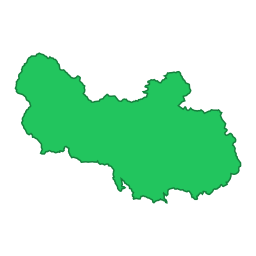 outline of Trang Dinh, Lạng Sơn, Vietnam
{"feature_id": "81297802B55237865359696", "entity_name": "Trang Dinh", "entity_type": "district", "adm_level": 2, "iso_a3": "VNM", "parent_name": "Vietnam", "parent_adm1": "Lạng Sơn", "projection": "albers", "projection_center": [106.413, 22.302], "detail": "fine", "context": "isolated", "style": "filled", "palette": "green", "viewbox_px": 256, "rotation_deg": 0, "n_neighbors": 0, "source": "geoboundaries", "source_scale": "gbopen_adm2", "svg_char_len": 5787}
<svg xmlns="http://www.w3.org/2000/svg" viewBox="0 0 256 256"><path d="M145.8,196.6L147.6,197.8L149.4,198.1L150.4,198.9L152.4,199.8L153.0,202.2L153.9,202.7L155.6,201.1L157.6,200.4L158.6,200.4L160.5,199.0L160.9,199.7L162.7,199.9L163.2,200.4L165.1,201.1L165.4,201.2L165.7,202.4L166.8,202.8L166.8,201.8L166.1,200.0L164.6,198.9L164.2,198.4L164.2,194.8L163.5,193.6L163.6,193.1L166.4,195.7L166.8,195.2L167.5,194.9L167.9,194.1L167.7,192.4L168.1,190.0L168.4,189.7L169.7,188.9L173.8,187.9L174.2,188.1L174.8,189.0L176.2,189.1L177.2,188.6L180.6,190.0L182.9,189.7L183.6,190.6L186.6,191.7L187.2,191.7L187.9,191.1L189.2,191.2L191.0,193.6L191.1,194.3L191.8,194.7L191.5,195.8L192.1,197.5L193.4,197.4L193.9,198.4L194.9,199.3L196.9,199.3L197.4,198.7L196.8,196.3L198.4,195.6L198.5,194.6L199.7,193.9L200.1,193.1L200.4,193.0L201.2,193.0L202.4,194.2L203.2,192.8L203.2,191.5L203.8,191.4L204.9,191.8L205.9,191.9L206.0,193.0L206.5,193.4L208.3,194.3L209.6,194.3L212.1,192.0L213.0,190.7L213.4,189.6L214.8,188.8L215.7,189.2L217.4,188.7L218.6,187.5L219.7,187.0L220.6,185.2L221.2,184.6L221.5,184.6L222.6,186.1L223.2,186.4L226.9,184.5L227.2,184.2L226.3,182.3L227.9,182.1L230.1,178.9L230.9,176.2L231.0,173.6L233.5,174.2L234.7,174.2L236.4,173.6L238.0,172.4L238.9,170.7L238.7,168.4L239.0,167.2L239.3,166.7L240.4,166.3L240.6,165.8L240.5,162.8L237.3,158.4L237.1,156.8L236.0,155.7L236.1,153.6L234.7,151.3L235.1,148.3L233.6,145.7L232.7,145.2L233.2,143.3L234.1,142.3L235.0,142.1L235.6,141.1L235.6,139.4L234.9,138.1L232.9,136.6L232.1,134.7L230.8,133.5L229.9,133.5L227.9,134.9L226.4,135.3L225.7,135.0L224.9,133.7L224.9,132.7L226.7,130.9L227.1,130.0L226.2,129.0L224.6,128.5L224.6,127.3L225.6,123.7L222.1,119.5L220.5,115.8L220.5,115.3L221.7,112.6L220.2,112.2L219.6,110.8L218.4,109.9L217.5,110.5L216.8,110.2L213.4,110.2L211.4,109.8L210.0,111.1L208.9,111.2L204.4,113.3L203.3,111.6L201.0,109.9L200.3,110.7L197.9,110.7L197.2,111.1L196.2,110.7L194.6,110.6L191.8,109.4L190.7,108.1L189.2,109.9L188.0,110.5L186.9,109.9L186.2,108.9L185.8,107.4L185.1,106.9L183.2,109.2L178.3,105.7L182.2,101.7L184.8,100.8L184.6,100.2L184.1,99.8L184.2,98.9L183.6,98.0L183.3,96.3L186.4,95.5L188.0,94.0L189.5,93.1L190.5,91.3L190.7,90.3L189.6,88.4L189.3,84.6L188.9,84.2L185.7,82.9L184.5,80.3L183.1,79.6L183.1,78.8L182.3,77.9L182.0,76.6L180.7,75.2L180.4,73.2L178.9,71.7L177.0,71.9L176.1,72.7L174.0,72.2L172.4,72.6L169.0,72.9L168.5,73.2L167.6,73.0L166.7,75.1L164.5,75.9L165.1,76.2L166.0,77.2L166.3,78.3L165.3,78.2L164.0,79.8L162.6,80.0L160.8,82.8L159.2,82.6L158.8,82.1L157.7,81.5L157.5,80.9L156.0,81.0L154.2,79.6L153.1,80.1L151.1,79.8L149.9,80.8L148.3,81.2L147.9,81.6L148.0,82.6L149.5,83.0L149.4,84.4L147.6,85.3L145.8,85.6L145.1,86.6L145.2,86.9L147.8,87.7L148.1,89.4L147.5,90.2L146.2,90.8L144.5,91.6L143.2,91.7L144.0,92.8L147.4,93.3L147.6,93.9L146.9,95.4L146.8,96.6L146.4,97.0L144.4,97.4L141.9,99.2L140.9,99.1L140.0,99.6L138.6,99.7L137.8,101.1L135.8,100.6L135.0,101.4L133.7,101.3L131.9,102.3L131.1,102.3L129.4,101.4L127.6,101.1L126.2,99.3L125.6,99.5L124.5,99.1L123.2,99.4L121.3,101.3L119.8,101.2L118.5,100.7L115.0,96.2L114.4,96.0L110.9,96.3L109.1,96.1L108.4,95.5L107.8,94.6L107.1,94.4L104.1,97.1L103.1,98.7L100.0,99.5L99.3,101.1L94.7,101.6L93.4,102.2L92.3,102.2L91.4,101.9L91.0,100.9L88.5,99.8L86.9,96.7L85.6,96.1L85.1,95.1L84.3,94.7L83.3,93.6L84.5,91.8L84.8,89.8L84.2,88.0L84.7,85.9L83.2,85.0L82.4,83.4L80.2,81.5L79.6,80.6L80.2,77.9L80.1,77.5L78.7,76.4L77.8,76.0L77.4,76.2L76.0,77.7L74.3,78.3L73.5,78.3L71.5,77.6L70.7,77.1L69.8,75.8L68.0,74.3L66.7,72.6L65.6,72.2L65.0,71.2L63.7,69.9L61.9,70.2L60.4,69.7L59.8,69.0L59.1,64.7L58.7,64.1L57.6,63.4L57.0,61.4L55.4,59.5L53.9,59.3L53.0,58.1L51.7,58.1L50.3,57.4L49.9,56.9L48.7,58.4L47.6,58.3L46.4,56.5L45.5,56.4L43.4,54.7L41.1,54.1L39.2,53.2L38.3,53.8L36.7,54.4L36.2,55.6L35.6,56.1L31.4,56.1L30.4,57.2L29.0,57.8L27.7,59.7L26.7,62.7L25.7,63.5L24.5,63.9L24.4,64.3L24.7,65.1L22.5,66.9L22.2,68.5L21.6,69.5L22.0,70.7L21.8,71.6L19.0,74.6L18.7,76.5L19.2,78.3L18.7,79.1L17.9,79.6L17.0,81.3L16.4,81.8L16.6,83.7L16.3,84.4L16.4,85.3L15.9,87.3L15.4,88.2L15.8,89.0L16.7,89.5L16.4,91.4L17.6,92.8L18.2,93.2L22.6,94.5L25.6,96.9L26.6,99.9L28.9,101.4L29.8,102.7L30.1,104.3L30.6,105.4L30.5,106.5L28.8,107.6L28.1,109.3L26.9,109.8L25.8,111.5L25.8,112.4L24.4,113.9L24.1,115.7L22.5,118.2L22.4,119.5L22.8,120.9L21.8,122.4L21.8,123.0L22.4,124.6L23.4,125.8L24.0,128.2L25.3,129.6L27.1,133.5L29.1,134.7L31.0,133.5L32.3,134.9L32.6,137.2L33.9,137.1L35.6,138.3L37.0,138.9L41.3,143.9L41.5,145.0L41.4,147.4L42.3,149.3L40.6,153.2L41.9,153.9L44.4,153.9L46.0,151.7L47.6,151.6L49.3,150.6L50.0,150.7L51.7,151.8L53.4,151.6L55.3,152.7L56.8,152.5L57.9,151.9L59.7,152.2L59.7,151.2L60.1,150.9L62.8,151.5L64.1,150.3L63.8,148.9L64.3,148.4L64.6,147.1L65.4,146.6L66.3,146.5L67.4,147.6L68.9,148.3L68.6,151.7L69.1,152.3L69.0,153.0L69.6,153.7L70.0,155.2L71.1,156.5L71.6,157.6L73.5,157.2L77.6,158.5L78.3,159.5L79.3,159.8L80.4,160.6L81.3,162.2L85.9,161.8L88.1,162.1L92.7,161.7L93.8,162.0L96.7,162.1L97.6,161.1L98.2,162.6L100.1,164.3L101.4,163.9L102.9,164.0L104.6,164.9L106.3,164.1L107.9,164.1L108.6,164.6L108.6,165.7L110.7,166.1L111.5,166.6L112.3,168.0L113.4,169.1L114.0,170.7L113.5,171.8L113.5,172.8L113.1,173.9L113.3,175.3L114.1,177.0L113.0,177.6L113.4,179.3L114.7,180.3L114.8,181.3L115.5,182.4L115.3,183.1L117.2,186.0L117.7,187.6L117.7,188.4L118.6,189.8L120.2,191.1L120.8,191.1L121.4,190.8L121.9,188.9L123.8,188.5L125.1,187.7L124.1,186.8L121.9,186.5L121.7,185.4L122.3,184.6L121.2,178.7L122.4,179.6L122.9,180.5L124.2,181.2L124.8,183.1L125.7,183.4L127.2,184.8L128.6,185.2L129.5,186.9L129.6,188.4L131.5,189.1L131.7,190.7L132.5,191.9L133.5,192.5L132.9,193.9L132.4,194.4L132.6,196.2L133.8,197.1L133.3,198.5L133.6,199.1L136.2,198.4L138.6,198.9L140.1,198.9L141.0,196.4L142.0,196.4L143.0,195.7L144.6,196.5L145.8,196.6Z" fill="#22c55e" stroke="#15803d" stroke-width="1.5"/></svg>